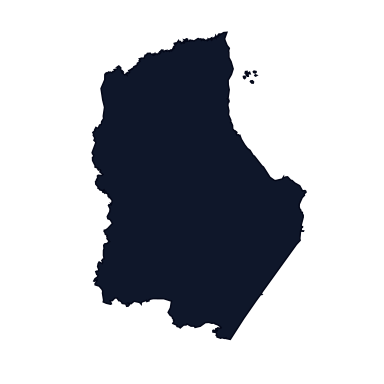 outline of Rembang, Jawa Tengah, Indonesia, rotated 80°
{"feature_id": "22746128B94981829239468", "entity_name": "Rembang", "entity_type": "district", "adm_level": 2, "iso_a3": "IDN", "parent_name": "Indonesia", "parent_adm1": "Jawa Tengah", "projection": "robinson", "projection_center": [111.414, -6.77], "detail": "fine", "context": "isolated", "style": "filled", "palette": "ink", "viewbox_px": 384, "rotation_deg": 80, "n_neighbors": 0, "source": "geoboundaries", "source_scale": "gbopen_adm2", "svg_char_len": 5920}
<svg xmlns="http://www.w3.org/2000/svg" viewBox="0 0 384 384"><g transform="rotate(80 192 192)"><path d="M266.6,303.5L268.5,299.8L272.3,297.5L274.0,297.1L276.1,297.7L283.2,297.8L284.8,298.5L286.6,295.8L288.4,291.6L288.1,290.8L284.8,291.5L285.1,289.2L283.0,286.5L283.3,284.3L286.4,282.9L286.5,281.9L287.8,280.7L289.6,280.1L290.8,276.6L293.2,276.2L293.3,274.7L292.1,273.2L290.4,274.2L291.4,271.3L289.5,268.0L291.6,262.8L293.6,261.5L292.1,261.2L291.5,260.1L290.8,255.7L292.0,255.5L291.7,253.3L291.0,253.4L290.3,251.8L290.2,249.0L292.1,238.4L295.9,231.1L302.5,233.4L306.4,236.4L309.7,234.9L311.1,233.2L312.8,233.1L314.4,232.2L315.1,232.5L315.8,231.9L318.1,233.7L320.5,230.1L321.8,230.1L322.8,227.9L323.8,227.2L321.5,223.3L321.9,220.9L321.1,219.8L323.9,216.3L324.5,213.0L325.9,212.5L325.6,207.1L322.9,201.5L323.3,197.9L324.6,195.6L325.0,192.7L325.9,192.2L327.1,189.9L329.5,187.4L330.8,186.8L331.1,187.5L330.3,190.3L330.8,190.6L330.8,192.2L331.6,192.6L332.8,191.2L333.3,191.6L331.8,195.0L332.1,195.5L333.5,195.7L334.5,192.7L336.0,192.3L337.4,193.1L338.4,192.3L339.1,192.5L341.0,189.1L340.6,187.9L341.8,185.5L341.5,184.1L342.0,184.3L343.8,179.9L325.3,162.8L310.2,147.8L305.0,142.4L305.0,141.0L304.3,141.5L302.6,140.2L261.8,98.3L258.4,93.9L256.5,93.9L249.3,91.9L250.0,89.1L249.7,88.9L249.0,91.6L248.6,91.5L248.7,90.4L248.5,91.1L247.5,90.9L245.9,90.2L246.0,89.4L245.3,89.2L245.1,90.0L243.9,90.4L236.2,86.9L234.1,86.5L232.9,87.1L231.2,86.9L230.7,88.0L228.5,88.1L227.5,88.8L225.4,89.1L222.6,88.5L216.7,84.5L214.7,81.8L213.3,82.0L212.1,79.8L211.0,79.8L210.2,80.5L210.1,83.0L204.5,84.9L201.0,89.2L198.1,91.4L197.5,92.8L193.7,95.2L193.5,97.1L194.0,98.8L193.8,99.4L193.1,99.3L194.9,100.9L195.3,107.6L194.8,109.0L191.0,112.7L179.8,117.3L178.3,118.7L167.4,124.4L167.0,125.3L161.1,127.6L158.7,129.9L154.6,132.0L148.5,134.3L144.5,135.0L144.7,135.6L143.7,136.3L143.6,137.9L141.5,138.4L141.4,137.5L140.9,137.5L139.2,139.0L139.3,139.5L136.9,141.0L133.4,140.5L130.3,141.3L130.2,141.9L128.0,141.3L122.3,142.7L118.4,141.6L112.9,141.7L109.5,140.6L109.7,140.0L108.9,139.7L108.8,140.2L106.9,139.8L106.3,141.1L105.2,140.0L97.7,137.6L92.8,137.7L88.1,137.0L83.1,132.8L77.9,130.1L70.4,130.9L66.0,132.3L60.5,131.4L59.7,131.7L56.9,130.3L53.8,132.0L48.2,133.2L46.6,133.2L40.8,129.9L40.5,133.1L41.5,135.7L41.1,138.1L42.0,139.1L42.5,138.0L43.0,139.4L43.7,139.6L43.3,140.9L42.3,141.4L44.4,141.8L43.3,142.3L44.6,143.5L44.0,144.3L44.6,145.1L43.9,145.9L45.0,146.2L45.3,145.7L46.0,146.3L44.9,147.2L43.9,146.5L44.6,148.8L44.0,149.5L45.2,149.6L45.3,150.4L46.3,150.9L44.9,150.4L45.0,153.1L44.1,153.4L44.3,154.4L43.3,154.6L44.2,156.3L43.1,156.2L42.7,157.2L43.1,157.6L41.9,159.3L43.7,163.8L42.7,165.7L42.9,166.7L42.2,167.0L42.2,168.4L43.0,168.5L42.8,169.6L41.9,170.5L40.8,169.9L40.2,170.5L40.3,171.3L41.2,172.1L40.7,173.4L41.5,173.0L41.9,173.6L42.7,172.2L42.7,173.2L43.7,173.6L42.7,174.5L43.7,174.7L43.2,175.9L43.8,176.8L41.9,177.2L42.3,178.4L40.5,178.9L43.1,181.5L42.4,181.9L42.6,184.3L43.1,183.0L43.7,183.4L44.4,182.9L45.9,184.2L45.6,184.6L46.0,185.0L47.4,184.8L47.2,185.8L48.6,186.4L48.5,187.3L49.3,187.6L48.5,188.5L49.6,189.7L48.8,190.1L49.0,192.2L48.4,192.2L48.8,192.7L48.2,193.2L48.5,195.1L49.0,195.4L48.1,196.4L47.3,196.0L46.9,197.3L47.9,198.5L48.2,197.8L48.3,199.2L49.4,198.7L50.2,199.8L49.4,200.1L49.4,200.8L50.6,202.2L49.8,203.2L50.1,204.2L49.1,204.4L50.8,206.0L50.2,206.8L49.4,206.4L49.4,208.6L48.1,209.0L47.8,211.9L49.1,213.0L49.1,214.4L52.0,216.0L51.4,218.5L51.7,220.6L52.6,219.9L53.3,221.1L54.4,220.6L55.8,223.5L57.3,223.6L57.7,225.1L58.8,225.6L58.2,226.3L58.6,227.6L59.7,228.2L60.2,229.8L60.8,229.8L60.8,231.6L61.7,232.0L61.5,233.2L63.5,232.8L63.9,234.2L63.2,234.6L63.8,236.2L65.1,236.0L64.6,236.4L64.9,238.2L63.2,239.4L62.8,239.1L62.6,239.8L61.9,239.3L62.0,239.9L61.3,240.3L60.2,239.2L60.5,239.9L59.2,241.1L57.3,240.6L55.2,242.2L56.1,244.2L56.4,243.4L57.8,244.2L58.0,247.4L59.1,246.9L59.8,247.8L59.6,248.9L60.6,250.1L59.8,251.6L60.0,252.8L59.4,253.1L60.8,255.2L59.8,255.2L60.2,256.5L61.2,257.4L66.3,258.4L74.3,263.6L85.9,263.9L93.4,263.4L101.9,266.2L104.4,266.3L106.9,268.7L109.8,269.6L110.0,271.4L112.5,273.0L112.7,274.2L111.7,275.4L114.1,277.2L114.9,277.0L116.1,279.3L117.8,278.8L119.0,279.4L121.9,278.3L124.1,279.6L125.8,278.2L126.8,278.2L135.9,283.5L137.3,283.3L138.2,282.4L140.3,283.0L140.8,284.0L143.8,284.4L149.5,282.7L150.5,283.2L152.2,280.6L153.5,280.7L154.2,280.2L154.2,278.4L155.4,278.2L156.2,279.2L159.2,276.6L160.1,278.1L159.2,281.4L159.7,282.3L161.9,282.5L163.1,283.8L163.9,283.5L164.8,285.1L167.6,285.4L170.5,283.6L172.0,283.9L172.8,282.7L173.8,282.5L175.3,279.5L174.5,278.2L175.3,277.9L176.3,279.9L176.7,279.8L176.8,279.0L178.0,278.1L177.0,276.9L178.2,276.8L179.4,274.7L179.9,274.6L179.8,275.2L180.6,274.7L181.2,275.4L182.2,275.0L182.4,274.7L181.9,274.5L183.1,274.4L183.0,273.8L186.7,272.0L189.7,273.3L189.2,274.1L190.6,273.9L190.1,276.0L190.7,276.6L194.3,275.6L197.0,276.3L201.5,279.7L203.7,279.5L204.9,277.4L209.1,275.7L213.5,281.5L214.5,283.9L214.4,285.0L215.6,285.4L216.9,284.6L218.3,284.8L220.3,282.9L221.1,283.6L222.5,283.3L223.2,283.8L226.5,281.8L226.6,282.9L227.9,284.1L228.0,287.1L229.2,288.2L232.4,288.4L234.2,289.3L239.1,290.2L242.5,290.1L242.6,291.3L243.8,292.7L245.6,292.1L246.9,292.9L244.8,295.6L246.2,296.8L249.1,297.9L252.3,297.2L253.8,298.7L253.4,299.7L253.7,300.6L256.7,300.1L257.5,299.0L259.2,299.7L260.5,302.5L262.6,304.2L262.9,303.8L262.2,300.9L263.4,301.3L265.5,303.4L266.6,303.5ZM93.4,115.3L95.1,114.2L95.4,112.8L94.3,112.3L92.9,113.2L92.8,114.8L93.4,115.3ZM86.2,118.4L87.6,117.5L87.8,116.5L85.4,116.4L85.0,118.3L86.2,118.4ZM85.0,110.5L85.8,109.2L85.2,108.1L84.5,108.0L83.7,109.9L84.2,110.7L85.0,110.5ZM84.1,119.0L84.5,117.1L82.8,116.8L82.7,118.4L84.1,119.0ZM88.6,121.3L89.5,120.5L88.7,119.4L87.6,119.6L87.0,120.6L87.1,121.3L88.6,121.3ZM85.3,115.5L85.7,114.2L84.0,114.5L84.3,115.5L85.3,115.5ZM88.2,109.9L88.9,109.2L88.4,107.9L87.6,109.3L88.2,109.9Z" fill="#0f172a" stroke="#020617" stroke-width="1.5"/></g></svg>